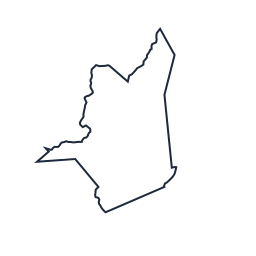 Jempol, Negeri Sembilan, Malaysia, rotated 48°
{"feature_id": "92858781B63970994898514", "entity_name": "Jempol", "entity_type": "district", "adm_level": 2, "iso_a3": "MYS", "parent_name": "Malaysia", "parent_adm1": "Negeri Sembilan", "projection": "robinson", "projection_center": [102.399, 2.869], "detail": "fine", "context": "isolated", "style": "outline", "palette": "slate", "viewbox_px": 256, "rotation_deg": 48, "n_neighbors": 0, "source": "geoboundaries", "source_scale": "gbopen_adm2", "svg_char_len": 1654}
<svg xmlns="http://www.w3.org/2000/svg" viewBox="0 0 256 256"><g transform="rotate(48 128 128)"><path d="M75.8,37.8L76.7,42.9L77.5,44.2L79.9,46.5L81.5,47.5L83.2,49.8L82.5,52.0L81.8,53.7L82.7,55.6L85.1,57.6L84.7,59.1L85.6,60.9L86.6,65.1L88.3,66.9L89.0,71.9L91.2,74.2L90.7,77.3L89.7,81.0L90.2,84.1L90.7,89.0L89.9,92.1L93.4,97.1L69.1,100.2L67.9,101.0L66.6,103.3L64.7,105.6L63.1,107.7L59.9,109.7L60.1,113.0L60.1,115.7L62.5,118.4L64.9,119.6L66.4,121.5L67.0,123.4L68.0,124.5L69.6,125.0L70.7,126.2L71.3,127.5L73.0,128.7L75.2,129.3L76.6,129.5L78.2,130.5L78.3,131.9L78.0,134.2L77.7,135.8L76.8,137.2L76.3,139.1L76.7,140.3L78.1,140.8L78.3,140.9L81.2,141.7L82.4,144.6L84.0,146.5L86.5,150.0L88.2,152.2L89.5,153.1L90.1,154.0L90.5,156.0L90.9,157.6L91.5,159.3L92.2,160.6L93.7,161.3L97.1,161.0L98.0,157.5L103.1,156.7L104.4,157.4L105.6,158.5L105.5,160.0L106.0,161.7L106.7,162.8L107.1,164.1L107.1,165.5L106.4,166.5L106.0,167.5L106.2,168.9L106.8,170.8L107.4,171.6L106.2,173.0L105.3,173.9L103.7,176.1L102.3,178.1L100.5,179.6L99.1,181.0L97.9,182.1L96.5,182.7L95.8,184.8L94.5,186.8L94.5,188.3L95.2,190.7L95.3,192.4L94.1,194.0L92.9,195.1L92.6,197.2L93.1,198.8L92.6,200.0L91.6,200.5L88.0,202.7L92.5,202.7L92.2,218.2L115.7,188.0L152.0,189.4L152.2,193.0L152.9,194.1L154.5,195.6L155.5,196.9L156.5,197.8L157.7,198.3L159.6,197.0L160.9,196.8L162.2,197.4L163.0,198.8L163.9,199.6L165.3,200.4L166.7,200.3L168.4,200.8L169.6,201.1L172.1,201.3L175.6,201.1L196.1,140.4L195.3,140.2L194.0,137.8L194.5,135.3L194.5,132.6L194.3,129.0L194.0,126.6L193.2,124.1L191.6,121.4L189.4,118.4L188.1,119.6L186.8,122.0L127.7,78.7L104.9,44.5L75.8,37.8Z" fill="none" stroke="#1e293b" stroke-width="2"/></g></svg>